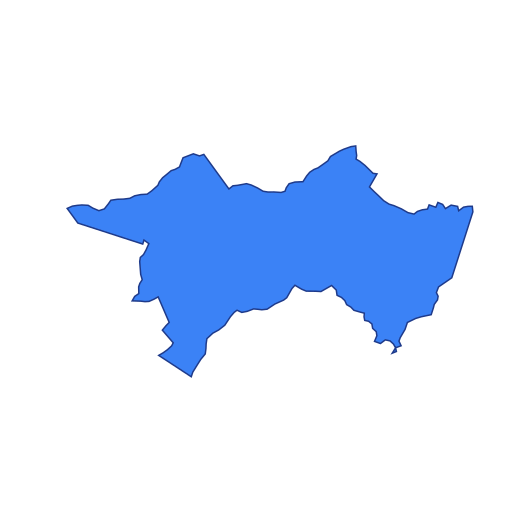 the district of Santa Tereza do Oeste, Paraná, Brazil, rotated 287°
{"feature_id": "56859067B16251398457668", "entity_name": "Santa Tereza do Oeste", "entity_type": "district", "adm_level": 2, "iso_a3": "BRA", "parent_name": "Brazil", "parent_adm1": "Paraná", "projection": "albers", "projection_center": [-53.611, -25.02], "detail": "fine", "context": "isolated", "style": "filled", "palette": "blue", "viewbox_px": 512, "rotation_deg": 287, "n_neighbors": 0, "source": "geoboundaries", "source_scale": "gbopen_adm2", "svg_char_len": 2429}
<svg xmlns="http://www.w3.org/2000/svg" viewBox="0 0 512 512"><g transform="rotate(287 256 256)"><path d="M246.3,61.5L235.4,76.0L234.6,124.6L234.3,144.2L238.5,144.2L236.5,149.9L229.7,149.1L224.5,148.0L220.8,145.8L216.7,146.4L204.7,151.1L200.1,154.1L195.8,152.9L192.2,152.8L185.8,154.9L181.9,151.8L176.9,150.7L179.1,158.9L179.9,163.2L181.3,167.0L184.9,171.1L188.3,174.4L167.1,192.4L163.0,190.3L157.7,188.1L148.8,202.2L145.4,201.6L140.5,198.7L136.4,195.6L132.5,192.0L121.6,229.4L126.4,229.5L135.2,231.8L141.0,233.4L147.5,236.1L152.8,235.2L157.4,234.0L162.6,233.2L169.6,237.3L174.4,242.0L180.7,246.4L190.5,249.3L195.7,251.6L198.6,253.7L197.9,258.9L200.5,263.8L204.7,269.2L205.6,273.4L206.3,277.3L208.4,282.2L215.6,288.1L221.9,295.3L225.1,297.6L235.4,299.9L239.4,301.8L237.6,309.3L237.1,314.3L239.7,323.2L241.0,328.5L244.3,331.6L249.9,336.9L246.9,342.7L242.1,345.0L241.4,349.8L239.3,354.0L236.0,356.9L234.9,361.6L232.7,365.5L232.8,371.9L233.0,376.3L229.4,377.1L226.2,378.8L226.5,382.8L224.9,386.7L220.9,388.7L218.8,393.1L215.1,394.9L209.0,394.3L208.7,400.6L213.6,404.2L214.0,409.0L212.0,413.2L209.0,416.3L212.6,421.0L216.4,417.6L220.1,417.8L223.5,418.6L229.4,420.0L236.7,420.2L243.0,427.0L246.2,431.8L251.1,440.7L258.4,440.8L261.8,440.6L267.1,442.4L270.8,441.9L273.7,439.2L279.8,439.6L292.4,449.6L361.6,450.5L366.8,448.3L365.5,444.3L363.4,440.2L358.5,436.6L362.4,434.3L361.7,427.7L356.7,423.3L359.9,419.4L360.4,414.3L355.2,413.7L355.5,406.6L351.0,406.3L348.8,401.5L345.8,397.3L342.3,394.9L341.9,388.6L343.6,381.2L344.5,373.2L344.5,368.1L346.2,362.0L349.5,355.5L352.1,350.2L355.2,344.3L369.9,347.7L369.3,343.7L374.5,333.7L376.9,327.6L377.9,323.4L381.5,322.9L385.4,321.1L390.4,319.2L388.4,314.9L383.8,308.7L380.6,305.1L372.9,298.1L368.0,296.9L363.4,293.4L358.4,289.5L355.7,286.1L351.8,282.9L347.3,281.0L340.8,279.2L338.1,271.6L334.8,266.5L330.1,265.0L326.4,264.8L324.1,261.4L322.4,254.2L320.7,248.9L320.0,243.8L321.5,237.7L322.5,230.7L322.4,225.8L318.2,217.7L316.4,213.4L312.2,210.5L337.9,176.4L335.2,172.7L335.4,166.2L328.6,157.5L323.4,157.1L318.8,156.8L315.2,153.3L312.8,149.9L308.9,147.4L303.5,143.8L298.7,141.9L294.9,141.5L287.8,137.2L283.3,133.8L281.1,127.9L278.1,122.4L274.3,118.5L271.7,112.7L269.7,106.8L266.9,100.9L262.8,99.6L256.7,97.2L253.4,92.5L254.1,85.9L255.4,80.7L253.9,74.6L252.1,70.1L250.0,65.8L246.3,61.5ZM209.0,416.3L202.9,414.7L205.7,418.2L209.0,416.3Z" fill="#3b82f6" stroke="#1e3a8a" stroke-width="1.5"/></g></svg>